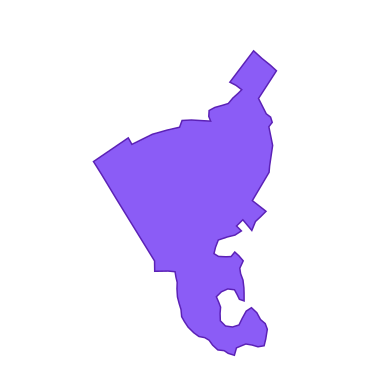 outline of Barra Bonita, Santa Catarina, Brazil, rotated 12°
{"feature_id": "56859067B80116174386319", "entity_name": "Barra Bonita", "entity_type": "district", "adm_level": 2, "iso_a3": "BRA", "parent_name": "Brazil", "parent_adm1": "Santa Catarina", "projection": "robinson", "projection_center": [-53.408, -26.665], "detail": "fine", "context": "isolated", "style": "filled", "palette": "violet", "viewbox_px": 384, "rotation_deg": 12, "n_neighbors": 0, "source": "geoboundaries", "source_scale": "gbopen_adm2", "svg_char_len": 1452}
<svg xmlns="http://www.w3.org/2000/svg" viewBox="0 0 384 384"><g transform="rotate(12 192 192)"><path d="M206.2,76.7L212.8,78.5L219.4,81.6L216.6,85.9L212.5,91.5L209.1,97.9L203.7,100.9L196.8,104.5L191.8,108.7L192.7,114.6L195.5,118.8L176.5,121.7L167.4,124.1L166.4,131.2L154.8,136.6L141.3,143.7L123.3,157.9L118.4,152.3L89.3,182.7L99.5,193.2L110.0,204.4L118.7,213.7L169.7,267.2L172.0,277.3L185.1,274.3L192.0,273.5L194.0,278.6L196.3,283.5L197.4,289.8L199.6,297.7L202.6,303.7L205.7,309.3L207.8,316.1L211.5,320.3L216.4,325.1L223.0,329.3L228.8,331.9L234.8,331.8L239.5,333.4L244.0,337.5L250.1,341.1L256.5,340.5L260.9,342.3L267.4,342.9L267.9,335.2L276.2,329.5L282.6,329.2L288.7,329.7L294.5,327.4L294.7,320.6L294.2,310.6L291.0,305.5L285.5,302.5L280.5,296.6L274.2,292.8L269.8,297.2L267.4,305.1L265.6,312.3L259.7,315.6L252.6,316.1L246.5,312.1L244.7,304.9L243.9,298.7L241.0,294.2L237.6,289.4L241.5,283.5L247.1,279.4L253.9,278.8L257.5,283.0L260.7,287.1L265.6,287.7L264.0,280.3L262.7,275.0L260.2,267.6L256.5,261.7L254.6,256.6L256.4,248.7L251.2,244.7L246.3,241.8L243.7,247.0L238.7,248.3L231.3,249.5L226.3,247.7L226.5,241.1L227.7,233.5L235.8,228.7L243.0,225.2L248.4,219.8L242.6,216.0L247.5,208.6L258.5,217.2L260.2,207.7L264.5,201.5L268.4,195.5L252.8,187.9L263.3,156.7L262.5,150.2L261.2,129.7L253.6,112.2L256.0,107.2L253.3,102.4L248.4,100.1L237.6,86.7L249.4,55.9L242.5,51.8L232.6,46.8L222.9,41.1L206.2,76.7Z" fill="#8b5cf6" stroke="#5b21b6" stroke-width="1.5"/></g></svg>